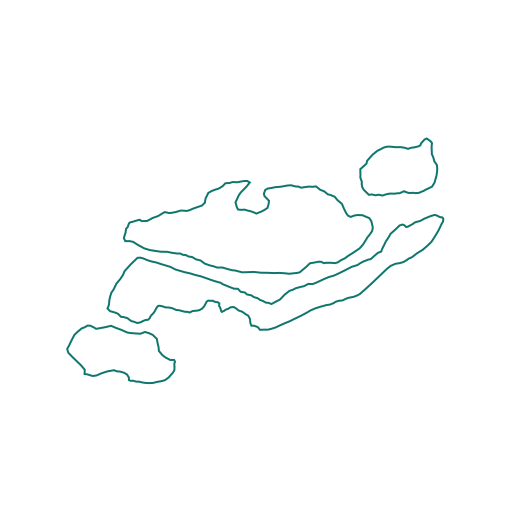 Ekerö, Stockholm, Sweden (Natural Earth projection), rotated 316°
{"feature_id": "70781695B4978180418475", "entity_name": "Ekerö", "entity_type": "district", "adm_level": 2, "iso_a3": "SWE", "parent_name": "Sweden", "parent_adm1": "Stockholm", "projection": "natural_earth1", "projection_center": [17.669, 59.36], "detail": "fine", "context": "isolated", "style": "outline", "palette": "teal", "viewbox_px": 512, "rotation_deg": 316, "n_neighbors": 0, "source": "geoboundaries", "source_scale": "gbopen_adm2", "svg_char_len": 6128}
<svg xmlns="http://www.w3.org/2000/svg" viewBox="0 0 512 512"><g transform="rotate(316 256 256)"><path d="M187.2,144.3L183.9,146.0L181.2,146.3L178.3,148.7L176.3,149.6L173.3,151.5L172.3,154.5L175.4,157.5L177.4,160.4L178.7,165.8L181.0,173.1L183.9,178.2L190.4,186.7L195.1,191.4L197.8,195.4L201.3,199.8L203.3,201.7L204.3,204.5L206.1,206.4L207.1,209.4L209.4,212.5L210.5,216.7L213.0,220.7L213.9,226.0L216.3,230.8L218.4,234.0L219.9,237.2L223.7,240.8L228.8,249.5L230.9,251.9L232.6,254.7L234.7,258.1L238.5,261.6L243.4,266.0L247.8,271.3L253.0,276.5L257.2,280.9L261.3,284.6L264.6,288.3L267.7,292.0L270.2,293.9L273.5,296.5L276.0,298.1L284.5,298.7L289.7,298.7L292.3,300.5L297.2,303.7L298.8,305.4L299.9,308.4L301.5,309.4L303.9,311.7L306.0,313.8L307.7,315.9L310.4,317.4L314.2,318.0L318.2,319.4L322.2,319.9L326.9,320.9L330.3,321.5L335.7,322.5L341.0,322.1L345.0,321.1L349.1,320.0L352.4,319.6L356.7,318.8L359.6,316.9L361.8,313.4L363.2,310.9L363.8,307.4L362.0,303.3L360.9,300.6L357.1,296.7L354.4,295.0L351.3,293.7L350.2,290.9L350.6,287.9L352.0,283.5L354.0,278.2L353.4,272.2L353.8,268.1L352.0,263.9L350.5,261.5L350.0,257.0L348.2,253.0L347.5,247.6L344.7,245.5L342.4,242.9L338.9,240.3L335.9,238.2L334.6,235.3L333.0,233.8L330.3,229.4L327.4,227.0L321.8,223.3L318.0,220.1L314.2,217.7L311.3,215.6L308.5,214.9L304.9,216.7L303.7,218.8L303.7,225.3L301.3,227.3L299.0,228.6L297.7,229.4L293.9,228.7L290.8,227.8L285.7,225.7L284.8,223.2L283.2,220.0L281.6,217.6L280.0,214.7L277.6,212.7L275.4,210.2L276.0,207.8L278.5,203.2L285.7,200.4L289.2,199.7L297.3,199.5L302.6,198.8L301.7,195.8L298.9,193.3L293.7,189.9L290.6,186.6L287.7,185.1L284.5,182.4L280.5,182.6L276.0,181.6L272.7,179.9L269.1,178.4L265.5,177.5L262.0,178.8L260.2,179.3L258.1,180.7L256.4,182.1L252.3,182.2L243.4,178.1L240.0,176.9L237.4,175.4L235.6,173.3L233.5,171.1L230.9,169.7L228.9,168.7L225.7,166.6L223.2,164.7L222.4,163.3L220.8,161.0L217.7,160.2L213.9,159.4L211.6,158.5L208.0,156.8L205.6,156.2L202.0,155.1L200.4,153.7L198.0,151.5L197.5,149.1L194.1,147.2L190.8,145.6L189.0,144.4L187.2,144.3ZM169.5,175.0L159.9,175.0L150.9,175.6L147.2,177.2L142.4,178.3L136.4,178.9L130.5,181.1L126.3,182.0L123.2,183.7L119.8,185.9L116.4,188.9L112.7,190.6L112.7,194.3L115.2,198.5L116.6,201.7L116.6,205.9L118.1,207.6L119.3,209.6L120.4,211.6L120.6,213.5L121.1,216.3L122.4,218.2L123.6,220.8L124.2,221.9L127.1,223.6L129.4,224.2L132.0,225.3L134.3,227.0L136.5,226.8L138.7,226.0L143.2,225.8L145.7,225.1L148.4,224.2L151.0,223.9L152.4,225.2L154.2,228.0L155.1,230.0L157.7,232.7L159.6,235.6L161.1,239.4L162.9,241.4L164.3,243.8L166.1,246.7L168.3,249.0L168.9,250.5L171.8,251.4L173.4,252.5L175.2,254.0L177.4,255.5L180.3,256.4L183.7,256.2L186.6,255.3L189.1,254.5L190.8,255.1L192.4,256.9L193.8,258.1L194.6,260.4L196.4,262.8L196.7,264.6L194.7,266.4L194.4,268.3L193.5,270.0L192.6,271.7L192.6,272.5L195.3,273.4L196.9,273.5L199.1,274.6L202.0,275.2L204.5,277.2L205.2,279.6L205.6,283.0L207.4,286.6L208.1,290.6L209.0,293.5L207.9,297.1L205.2,300.6L204.3,303.0L206.1,304.7L207.9,308.4L207.6,311.9L210.8,314.7L213.4,317.3L216.4,319.0L220.4,321.0L224.9,322.5L230.6,324.6L235.3,326.5L239.2,327.7L246.7,330.2L253.4,332.1L257.3,333.0L261.9,334.7L266.2,336.8L269.8,338.7L272.7,340.3L275.4,342.3L279.1,343.8L281.6,344.3L284.3,345.6L287.4,348.1L290.7,349.1L293.6,350.4L295.4,351.6L298.1,353.3L301.5,354.7L304.4,355.5L313.8,355.9L322.5,356.1L341.4,356.2L346.1,356.7L351.0,358.5L354.2,360.8L357.7,362.7L361.5,363.6L364.5,364.1L367.3,365.2L373.6,365.9L377.0,366.6L379.9,367.3L386.5,367.7L391.9,367.7L395.9,366.8L401.1,365.5L404.7,364.5L407.8,363.4L411.4,362.0L414.5,361.1L416.5,359.5L416.9,357.9L415.2,355.5L414.3,352.7L413.1,350.6L409.6,348.7L403.1,346.1L400.0,345.3L398.0,344.6L393.9,342.3L390.6,341.8L385.7,340.4L384.1,339.4L384.1,337.1L383.3,335.2L380.6,333.8L375.0,333.8L368.1,333.5L364.7,334.6L359.6,335.7L356.7,336.8L353.7,337.8L351.1,338.8L349.1,339.8L345.9,338.4L341.0,338.1L336.5,338.0L334.3,336.6L329.0,334.4L326.0,333.6L322.7,333.0L317.4,330.3L309.1,327.8L303.1,325.9L298.6,324.3L293.9,321.8L289.9,320.2L285.0,318.5L280.5,316.9L277.3,315.6L274.2,312.4L269.7,311.1L266.2,309.0L262.2,306.8L258.8,305.8L255.9,304.3L249.6,303.7L243.0,304.0L238.2,302.5L233.8,301.3L232.4,298.3L230.7,296.4L229.7,293.0L228.4,290.5L227.8,287.3L225.9,284.1L225.3,281.0L222.8,277.4L222.6,274.4L220.1,271.1L220.2,267.1L217.4,264.1L215.0,258.9L212.5,253.2L211.9,250.6L209.0,245.7L206.9,241.7L204.2,236.2L201.8,231.6L199.1,227.4L196.2,222.2L193.5,218.2L188.8,210.0L186.8,204.2L182.1,195.9L179.6,191.1L177.2,187.6L175.4,184.4L173.1,179.2L171.6,176.8L169.5,175.0ZM55.6,191.7L53.8,195.2L53.8,202.1L54.2,213.1L53.8,218.9L50.7,221.8L52.4,223.9L55.1,228.8L58.2,231.1L63.5,233.1L68.8,235.7L74.5,239.5L75.9,242.5L77.9,244.6L80.0,248.4L80.9,251.5L80.2,255.0L78.4,257.0L79.1,258.7L80.9,260.3L82.7,263.3L84.7,265.3L86.0,267.5L88.3,270.5L90.3,272.7L93.9,275.9L97.0,277.6L98.3,278.5L102.1,281.0L104.4,282.1L108.8,282.7L115.1,282.2L118.0,281.4L120.3,279.2L122.3,276.8L124.3,275.8L124.9,273.9L122.0,271.1L120.4,266.0L119.8,262.3L120.2,256.8L122.5,254.0L124.5,250.6L127.1,246.7L126.9,241.0L125.3,236.9L123.3,233.5L118.8,231.6L116.0,228.5L112.6,224.7L110.3,221.7L107.9,215.8L105.4,210.6L103.2,205.5L98.3,202.6L94.2,199.9L90.4,197.3L89.8,194.9L88.4,191.0L86.4,189.0L83.0,188.2L80.4,187.0L74.8,186.6L70.5,186.6L64.0,188.8L59.8,190.4L55.6,191.7ZM399.6,266.3L391.4,266.0L389.1,268.4L387.3,270.4L385.5,272.1L383.8,275.9L381.5,278.3L380.2,280.4L379.5,283.2L379.7,290.4L382.0,292.1L384.2,295.4L386.9,297.2L388.9,300.3L393.3,302.5L395.6,304.1L397.1,305.5L398.9,307.4L401.2,309.0L402.9,310.6L407.6,312.3L408.1,313.8L409.6,316.7L411.4,318.4L413.2,319.9L413.9,321.1L415.4,322.4L417.2,323.8L420.1,324.9L421.7,325.6L424.3,326.2L427.3,327.3L430.8,328.4L435.5,327.2L438.2,325.6L441.5,323.7L444.9,321.1L447.4,318.7L449.4,316.0L450.1,311.7L452.1,308.1L453.2,305.0L456.3,301.5L458.4,299.2L461.0,297.1L461.3,294.7L460.4,290.0L458.1,289.3L453.2,289.6L451.0,290.6L448.5,289.7L445.6,288.0L443.2,286.2L439.8,284.5L437.8,280.9L435.4,277.9L432.0,274.7L430.0,272.3L427.6,269.6L425.5,267.9L422.9,266.6L419.3,265.6L416.2,264.6L410.4,264.1L402.1,264.7L399.6,266.3Z" fill="none" stroke="#0f766e" stroke-width="2"/></g></svg>